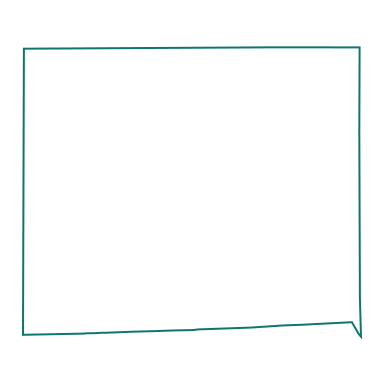 the district of Van Buren, Iowa, United States of America
{"feature_id": "52423323B67583830123101", "entity_name": "Van Buren", "entity_type": "district", "adm_level": 2, "iso_a3": "USA", "parent_name": "United States of America", "parent_adm1": "Iowa", "projection": "equal_earth", "projection_center": [-91.922, 40.75], "detail": "fine", "context": "isolated", "style": "outline", "palette": "teal", "viewbox_px": 384, "rotation_deg": 0, "n_neighbors": 0, "source": "geoboundaries", "source_scale": "gbopen_adm2", "svg_char_len": 464}
<svg xmlns="http://www.w3.org/2000/svg" viewBox="0 0 384 384"><path d="M23.9,48.7L23.0,334.8L83.9,333.6L86.5,333.3L93.5,333.2L94.2,333.2L103.5,332.7L104.7,332.8L132.6,331.7L155.2,331.1L175.4,330.4L192.4,330.1L195.8,329.7L198.6,329.4L250.3,327.6L276.5,325.9L282.1,325.5L290.0,325.2L300.1,324.8L303.6,324.7L310.5,324.3L351.9,322.2L358.6,333.8L361.0,336.7L359.9,298.3L359.3,131.0L359.6,47.4L276.1,47.3L23.9,48.7Z" fill="none" stroke="#0f766e" stroke-width="2"/></svg>